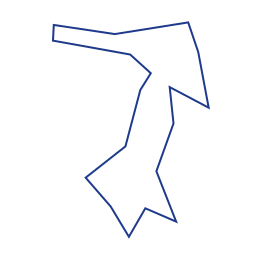 SVG path tracing the border of Sandys, rotated 183°
{"feature_id": "BMU-5141", "entity_name": "Sandys", "entity_type": "state/province", "adm_level": 1, "iso_a3": "BMU", "parent_name": "Bermuda", "parent_adm1": "", "projection": "albers", "projection_center": [-64.87, 32.287], "detail": "fine", "context": "isolated", "style": "outline", "palette": "blue", "viewbox_px": 256, "rotation_deg": 183, "n_neighbors": 0, "source": "natural_earth", "source_scale": "10m", "svg_char_len": 380}
<svg xmlns="http://www.w3.org/2000/svg" viewBox="0 0 256 256"><g transform="rotate(183 128 128)"><path d="M73.4,236.6L61.8,207.4L48.5,152.5L88.5,171.0L82.8,134.9L97.4,86.3L75.0,37.0L106.5,48.7L121.4,19.4L141.2,48.7L167.7,76.2L129.6,109.5L117.7,166.6L108.1,183.9L129.7,201.5L207.5,211.3L207.5,227.0L146.2,221.1L73.4,236.6Z" fill="none" stroke="#1e3a8a" stroke-width="2"/></g></svg>